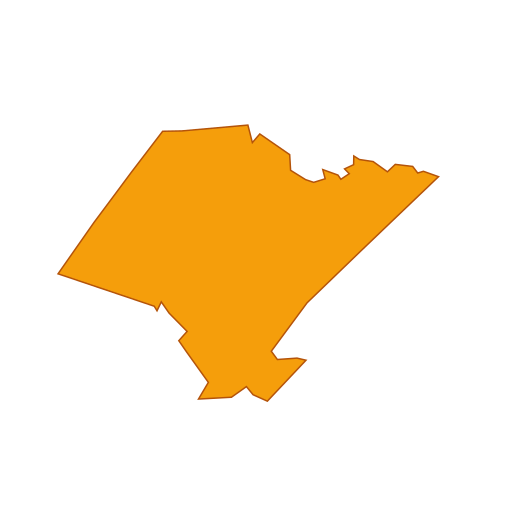 Nicholas, West Virginia, United States of America, rotated 166°
{"feature_id": "52423323B75568598191549", "entity_name": "Nicholas", "entity_type": "district", "adm_level": 2, "iso_a3": "USA", "parent_name": "United States of America", "parent_adm1": "West Virginia", "projection": "robinson", "projection_center": [-80.892, 38.318], "detail": "fine", "context": "isolated", "style": "filled", "palette": "amber", "viewbox_px": 512, "rotation_deg": 166, "n_neighbors": 0, "source": "geoboundaries", "source_scale": "gbopen_adm2", "svg_char_len": 765}
<svg xmlns="http://www.w3.org/2000/svg" viewBox="0 0 512 512"><g transform="rotate(166 256 256)"><path d="M59.7,288.8L73.1,297.7L79.0,297.4L82.3,305.0L98.7,311.2L108.1,305.9L119.5,319.3L132.3,324.6L136.9,329.4L139.2,321.0L149.0,319.1L145.6,313.3L155.1,309.9L156.9,314.7L170.3,323.7L170.2,314.2L182.2,313.5L189.4,318.1L201.7,330.8L198.8,346.2L222.8,373.5L232.1,366.9L232.2,385.0L297.7,395.3L316.4,399.6L356.7,367.4L378.5,349.5L404.9,327.9L452.4,286.6L366.9,231.9L365.3,226.8L359.0,234.4L354.1,221.5L341.1,199.5L351.4,192.5L346.6,179.8L332.8,144.9L346.4,131.1L314.0,124.9L296.9,131.6L292.4,122.1L280.1,112.4L232.7,142.8L240.9,147.0L260.3,150.4L264.2,159.9L217.8,198.2L153.3,235.4L125.3,251.4L59.7,288.8Z" fill="#f59e0b" stroke="#b45309" stroke-width="1.5"/></g></svg>